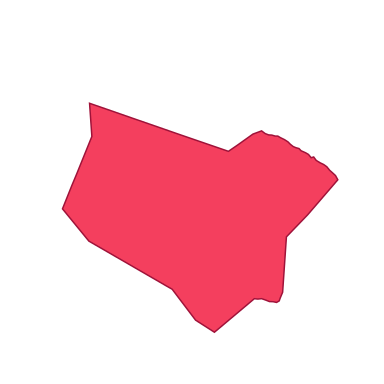 Soledade, Paraíba, Brazil, rotated 307°
{"feature_id": "56859067B64249841036450", "entity_name": "Soledade", "entity_type": "district", "adm_level": 2, "iso_a3": "BRA", "parent_name": "Brazil", "parent_adm1": "Paraíba", "projection": "equal_earth", "projection_center": [-36.314, -7.087], "detail": "fine", "context": "isolated", "style": "filled", "palette": "rose", "viewbox_px": 384, "rotation_deg": 307, "n_neighbors": 0, "source": "geoboundaries", "source_scale": "gbopen_adm2", "svg_char_len": 833}
<svg xmlns="http://www.w3.org/2000/svg" viewBox="0 0 384 384"><g transform="rotate(307 192 192)"><path d="M289.5,301.1L291.5,296.7L291.9,292.7L292.2,288.8L293.3,284.5L293.2,280.6L292.4,276.6L292.0,272.2L293.2,268.1L291.1,266.5L292.1,262.4L291.7,259.1L290.6,254.3L291.1,251.3L289.9,248.3L289.2,245.4L289.3,241.8L289.8,238.5L289.5,234.4L288.6,229.7L288.3,226.9L286.7,224.7L285.5,221.5L283.7,218.8L282.7,215.2L282.7,210.8L274.9,205.8L256.8,200.1L246.4,196.6L231.1,149.6L215.3,100.6L201.2,56.8L176.1,78.6L136.8,89.1L125.0,92.1L100.6,98.7L91.4,136.4L90.7,139.3L94.5,170.3L101.5,227.7L102.4,234.7L91.8,272.0L93.5,294.3L144.3,306.0L146.1,309.0L148.7,311.8L150.0,315.8L151.1,319.8L153.2,322.8L154.7,326.0L157.5,327.2L159.9,326.4L166.5,324.7L213.0,294.4L243.5,298.1L289.5,301.1Z" fill="#f43f5e" stroke="#9f1239" stroke-width="1.5"/></g></svg>